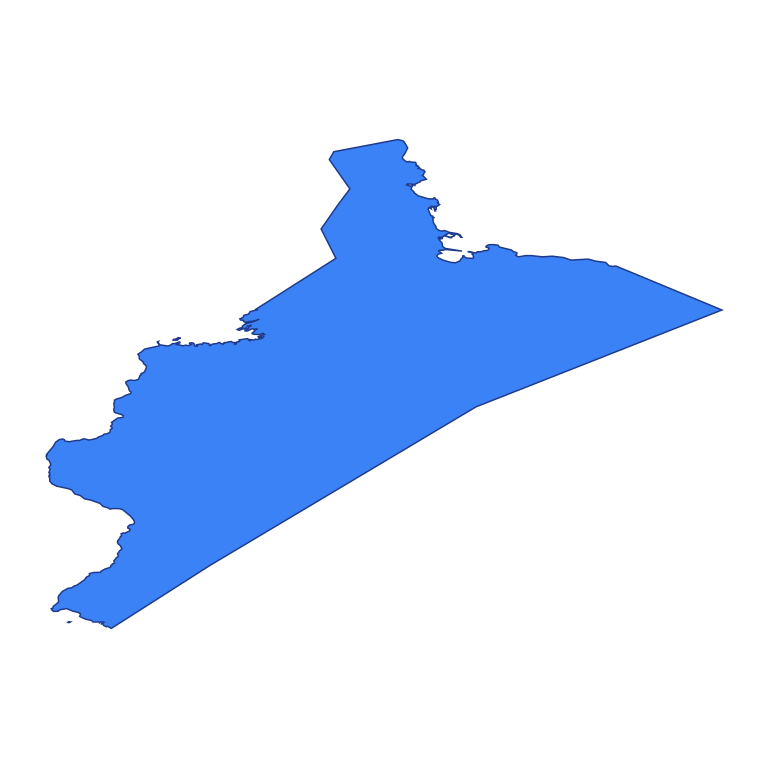 the district of Reykjanesbær, Suðurnes, Iceland
{"feature_id": "244011B48140939724428", "entity_name": "Reykjanesbær", "entity_type": "district", "adm_level": 2, "iso_a3": "ISL", "parent_name": "Iceland", "parent_adm1": "Suðurnes", "projection": "equal_earth", "projection_center": [-22.621, 63.919], "detail": "fine", "context": "isolated", "style": "filled", "palette": "blue", "viewbox_px": 768, "rotation_deg": 0, "n_neighbors": 0, "source": "geoboundaries", "source_scale": "gbopen_adm2", "svg_char_len": 6055}
<svg xmlns="http://www.w3.org/2000/svg" viewBox="0 0 768 768"><path d="M615.8,266.0L613.1,266.4L609.8,266.1L608.8,265.6L605.7,262.5L595.5,261.1L588.2,259.1L570.9,260.1L563.8,257.6L552.3,256.2L542.2,256.8L531.5,255.6L525.7,255.6L518.6,256.8L515.7,255.5L516.8,253.9L516.9,252.9L516.5,252.5L513.8,251.8L511.2,249.9L499.5,247.1L498.0,245.2L493.6,244.6L489.3,244.7L486.8,245.6L486.0,246.4L486.0,247.1L489.2,248.1L488.3,249.9L486.7,250.6L483.7,250.7L481.4,251.7L477.2,251.8L476.2,252.8L474.9,252.9L469.4,251.6L467.6,251.6L473.2,253.1L472.2,254.1L472.9,254.4L473.6,257.7L472.9,258.4L466.3,258.0L465.4,257.2L463.7,256.8L463.8,255.7L463.2,255.7L462.7,256.1L462.9,257.1L460.5,259.6L460.3,260.7L455.4,262.8L450.4,262.3L443.0,260.1L439.0,258.2L437.5,257.2L436.8,255.9L438.2,254.1L441.6,253.3L438.9,250.9L439.2,250.3L443.3,250.2L445.8,249.5L462.0,251.1L445.1,248.4L442.5,246.4L442.1,243.1L439.2,239.9L440.1,239.0L442.9,238.4L438.3,238.3L438.3,237.5L438.8,237.0L442.3,237.4L444.4,235.7L451.1,237.9L452.3,236.8L451.8,236.7L450.8,237.4L444.5,235.5L448.8,233.2L454.3,235.1L453.5,236.1L453.9,236.2L455.7,234.0L456.9,234.2L459.3,235.3L460.7,237.3L461.8,237.3L459.9,234.8L457.2,233.6L449.5,232.4L444.6,230.5L441.7,231.1L440.0,230.8L437.0,229.2L435.9,227.8L436.1,226.8L433.5,222.9L432.8,218.7L433.9,217.5L432.4,217.0L432.7,216.2L430.7,215.4L428.1,209.2L429.1,207.6L431.3,208.9L431.1,208.2L429.6,207.5L431.3,206.9L432.0,207.4L431.5,206.7L432.8,207.1L432.5,206.4L434.2,206.6L433.2,206.8L434.7,206.5L433.9,207.7L434.8,210.9L435.5,210.9L435.2,209.9L436.2,209.4L436.2,206.9L439.6,204.6L437.8,203.3L437.5,202.6L438.4,202.5L438.4,202.0L437.3,200.0L435.4,199.0L434.9,197.9L433.9,197.9L433.3,199.0L428.2,198.8L418.2,195.8L414.2,192.7L414.0,191.9L411.0,189.1L412.1,186.5L413.2,185.1L412.6,185.0L411.2,186.3L406.6,184.9L407.7,183.9L412.6,184.2L413.9,184.4L414.9,185.4L415.3,184.0L420.2,181.8L420.7,180.8L426.4,179.3L422.4,175.3L423.6,174.5L424.0,172.9L425.0,171.9L423.7,170.1L422.0,170.0L421.4,169.3L418.3,168.3L419.3,167.6L417.9,166.5L418.2,166.2L416.2,165.7L416.8,165.1L416.2,164.5L415.7,162.4L411.1,162.1L409.3,161.4L407.9,162.0L405.9,161.5L402.8,158.8L402.4,157.9L402.6,156.5L404.6,154.1L407.7,148.0L404.4,142.2L402.8,140.7L397.6,139.6L333.8,151.7L329.3,159.6L349.9,188.9L337.8,205.0L321.1,229.0L335.9,258.3L255.0,309.8L258.1,309.6L250.1,311.6L248.4,314.2L244.0,315.2L242.9,317.5L239.8,318.9L240.5,320.0L243.6,320.4L243.5,321.4L245.0,322.2L254.6,320.8L259.4,319.1L254.3,321.4L245.6,323.7L242.4,326.1L242.6,327.4L238.5,328.6L237.2,329.6L239.4,330.3L242.1,329.1L245.2,328.6L246.3,328.2L247.5,326.2L251.0,325.3L250.9,325.9L248.9,326.8L248.3,328.5L245.1,330.1L245.0,330.9L247.4,331.0L252.2,328.7L254.1,329.2L257.0,328.8L257.1,329.3L254.2,330.2L254.6,331.2L252.1,333.1L252.2,333.8L254.1,334.3L259.5,334.5L263.0,333.3L264.6,334.5L258.2,336.6L258.7,337.5L263.5,336.9L263.0,337.8L260.3,338.8L256.4,339.5L255.3,339.2L253.7,340.1L251.8,339.8L249.8,340.8L249.0,340.3L250.2,339.6L248.3,339.4L247.7,338.6L239.6,339.8L239.2,340.0L239.9,340.4L239.5,341.4L236.5,342.1L236.1,342.6L236.4,343.6L235.6,344.4L234.4,343.9L235.3,342.6L232.6,342.4L231.3,341.5L227.2,342.1L226.4,342.7L224.5,342.5L223.8,343.0L225.0,343.3L223.3,343.6L222.9,344.4L219.1,342.4L217.0,343.5L212.4,344.1L210.0,345.7L209.4,345.5L209.7,344.3L208.3,343.5L203.2,342.8L202.3,344.5L201.0,344.0L196.4,344.8L196.3,345.6L197.4,346.0L197.2,346.4L194.8,346.0L194.0,343.6L192.5,342.8L189.7,343.0L189.5,343.4L191.3,344.5L188.6,345.6L185.3,345.2L183.2,345.8L179.1,344.9L178.6,344.4L177.3,344.9L176.5,344.5L178.0,343.3L179.9,342.9L180.0,342.2L179.4,342.0L174.8,343.6L172.5,343.6L169.5,345.7L167.4,346.0L159.8,344.8L157.8,341.9L158.2,341.5L157.4,341.7L157.2,342.1L159.0,344.5L159.2,345.6L158.8,346.0L144.5,349.1L141.7,351.7L137.9,354.2L139.1,355.9L139.3,358.8L143.4,362.2L143.4,363.4L146.0,365.6L146.5,366.9L145.6,369.7L143.8,372.6L141.1,373.5L141.3,374.8L140.1,375.3L138.5,379.2L135.0,380.5L130.2,380.1L128.1,380.6L125.7,382.1L126.2,383.9L128.2,386.7L129.4,390.8L131.2,392.2L130.8,393.5L125.0,395.6L121.6,397.6L116.8,398.9L114.4,400.2L114.6,401.9L113.8,403.3L114.4,407.5L113.7,409.3L114.2,412.0L115.8,412.9L121.8,414.7L123.5,415.9L122.9,417.4L117.6,418.1L111.5,422.4L112.2,423.3L112.1,424.6L110.7,426.2L112.0,427.4L112.2,428.2L110.2,429.7L110.2,431.4L109.7,432.6L106.4,433.9L104.2,434.1L102.3,435.7L98.7,436.9L96.8,438.3L90.6,439.8L88.8,440.0L83.9,438.7L79.2,440.5L76.9,440.4L69.2,441.7L65.1,441.1L64.6,440.8L64.4,439.7L62.7,439.0L59.3,439.6L55.6,442.2L53.4,446.2L46.6,454.4L47.1,454.9L46.1,456.1L47.1,459.3L48.9,460.1L50.7,464.1L50.5,465.4L48.8,467.7L50.2,469.1L48.9,472.4L49.8,473.0L49.3,474.2L50.1,475.2L48.9,476.0L49.0,477.0L49.7,477.4L49.8,481.3L51.9,483.7L56.7,486.2L68.5,488.7L71.9,490.1L74.8,493.9L80.4,495.6L84.6,498.9L90.4,500.0L100.0,503.4L102.9,506.4L108.1,507.8L109.9,509.1L112.7,508.6L119.0,508.6L122.6,509.6L130.3,516.0L133.2,519.3L134.2,521.1L134.5,522.7L134.2,523.6L132.9,524.4L129.5,525.0L127.7,527.0L127.8,528.1L130.3,529.4L129.3,531.1L124.8,533.2L123.1,532.9L121.1,533.8L121.6,535.8L120.4,536.6L119.7,538.3L117.8,540.6L117.4,542.3L118.1,543.8L120.3,545.6L121.9,548.8L119.1,551.3L118.9,552.3L117.6,553.4L117.5,554.0L118.3,555.6L118.0,556.6L115.6,558.4L115.5,559.2L113.9,560.7L114.4,563.3L112.4,563.9L112.2,564.6L110.9,565.4L110.7,566.9L109.6,567.6L104.8,569.1L101.0,571.2L100.4,572.3L93.6,572.5L90.0,573.4L89.3,573.9L89.6,575.5L86.3,577.2L84.6,579.7L76.7,585.3L74.4,585.9L71.7,587.8L68.0,588.3L62.4,591.4L58.9,595.4L58.2,597.4L58.6,601.3L58.2,602.5L53.3,606.3L52.9,608.2L51.2,608.6L51.5,609.6L53.2,611.2L54.7,611.4L58.3,611.2L59.7,609.8L66.7,608.6L72.9,611.2L78.1,612.4L80.5,613.9L79.7,616.5L85.1,619.0L91.8,620.6L92.9,622.0L99.1,622.0L99.9,622.2L99.8,622.6L101.2,621.7L103.9,622.3L100.8,624.1L102.8,623.8L103.6,625.4L106.4,626.8L107.6,626.3L111.3,628.4L209.8,565.5L475.9,406.9L721.9,310.0L615.8,266.0ZM178.6,338.9L180.2,338.3L180.2,337.9L178.3,337.6L175.8,339.1L173.4,339.4L173.1,340.1L177.3,340.2L178.6,338.9ZM70.5,621.9L68.4,621.7L67.8,622.4L69.5,622.5L70.5,621.9Z" fill="#3b82f6" stroke="#1e3a8a" stroke-width="1.5"/></svg>